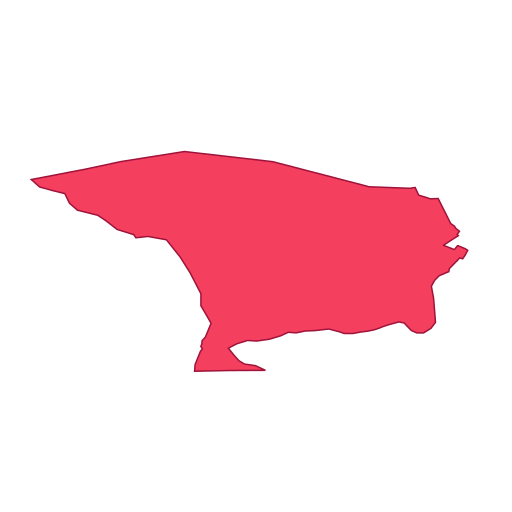 Idah, Kogi, Nigeria (Equal Earth projection), rotated 81°
{"feature_id": "59680162B89596725903657", "entity_name": "Idah", "entity_type": "district", "adm_level": 2, "iso_a3": "NGA", "parent_name": "Nigeria", "parent_adm1": "Kogi", "projection": "equal_earth", "projection_center": [6.753, 7.056], "detail": "fine", "context": "isolated", "style": "filled", "palette": "rose", "viewbox_px": 512, "rotation_deg": 81, "n_neighbors": 0, "source": "geoboundaries", "source_scale": "gbopen_adm2", "svg_char_len": 1361}
<svg xmlns="http://www.w3.org/2000/svg" viewBox="0 0 512 512"><g transform="rotate(81 256 256)"><path d="M145.3,466.0L154.0,458.9L159.8,446.1L164.5,435.0L174.7,432.0L182.9,425.1L191.0,406.0L198.1,398.3L208.0,389.1L215.8,373.4L219.2,371.8L219.8,359.6L226.0,341.9L245.1,331.1L262.3,323.7L284.7,316.3L296.5,318.2L306.7,314.2L315.4,310.9L328.2,318.7L331.2,322.5L334.3,323.2L336.6,324.6L339.5,323.5L341.3,325.7L353.6,333.1L360.2,334.7L365.0,299.8L370.4,264.6L364.2,273.7L360.9,284.3L356.8,289.2L350.0,293.6L342.7,297.7L339.7,288.6L338.1,277.6L340.1,268.7L340.3,255.8L338.7,244.1L336.4,236.0L338.2,228.5L337.8,219.0L338.9,209.5L339.5,195.5L344.0,185.3L346.3,181.1L347.7,172.7L347.5,164.7L347.7,157.3L347.4,150.9L346.5,145.5L345.7,142.2L344.6,135.5L343.5,125.1L345.4,120.1L350.4,116.7L353.9,114.2L357.1,109.2L358.2,102.5L354.8,94.5L349.6,89.1L339.8,88.3L325.2,87.2L313.3,87.5L307.9,83.3L304.1,78.1L301.6,68.0L298.8,67.1L289.8,55.1L291.1,52.3L287.9,49.3L283.5,46.0L281.6,48.1L277.5,54.7L277.4,55.4L280.4,58.7L280.5,59.4L274.9,69.0L274.6,68.9L272.9,65.1L270.2,59.1L267.6,53.0L266.3,54.0L263.4,51.2L259.9,54.4L257.6,55.3L254.4,58.6L227.7,67.1L226.8,74.8L221.3,85.8L213.2,88.1L213.2,93.3L211.7,101.0L205.3,133.5L203.6,137.3L165.5,224.6L153.8,266.5L141.6,310.4L141.6,374.8L143.6,412.3L143.8,419.5L145.3,466.0Z" fill="#f43f5e" stroke="#9f1239" stroke-width="1.5"/></g></svg>